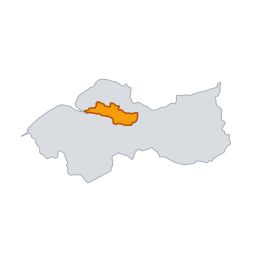 location of X-1 Right Bank Essequibo, Upper Demerara-Berbice, Guyana, rotated 280°
{"feature_id": "73187651B95579298937311", "entity_name": "X-1 Right Bank Essequibo", "entity_type": "district", "adm_level": 2, "iso_a3": "GUY", "parent_name": "Guyana", "parent_adm1": "Upper Demerara-Berbice", "projection": "robinson", "projection_center": [-58.454, 5.555], "detail": "fine", "context": "in_parent", "style": "filled", "palette": "amber", "viewbox_px": 256, "rotation_deg": 280, "n_neighbors": 0, "source": "geoboundaries", "source_scale": "gbopen_adm2", "svg_char_len": 8893}
<svg xmlns="http://www.w3.org/2000/svg" viewBox="0 0 256 256"><g transform="rotate(280 128 128)"><path d="M83.1,118.8L77.8,112.1L72.5,105.5L67.3,98.9L67.0,98.0L69.1,94.9L71.1,92.6L72.7,91.4L73.5,90.2L72.9,85.4L72.9,83.7L72.2,81.8L71.6,79.7L72.3,77.9L73.1,76.7L74.1,76.2L76.5,75.8L78.2,75.6L78.8,74.9L79.9,74.1L81.2,74.0L83.7,74.6L84.9,73.6L87.0,72.1L91.7,69.6L92.8,68.0L93.6,65.5L93.5,64.3L93.0,63.8L91.8,63.4L90.0,63.4L88.6,64.0L87.1,63.7L85.8,62.1L85.8,60.8L86.5,59.0L86.1,57.8L83.7,54.0L83.7,53.0L85.4,51.3L86.4,49.8L87.8,46.3L88.8,45.1L92.1,44.7L93.0,44.0L94.7,42.2L97.2,40.0L100.8,38.4L101.8,35.3L102.5,34.5L105.3,32.9L105.8,32.0L105.8,31.2L101.2,24.4L102.1,24.9L105.6,29.3L107.6,30.3L108.0,30.3L108.1,29.2L109.9,29.7L114.6,32.7L121.4,37.8L131.1,47.3L133.8,51.0L135.7,52.7L138.6,56.9L139.4,58.9L139.3,67.0L136.8,72.5L136.1,76.6L136.0,82.1L134.5,85.3L136.5,83.5L137.1,78.6L138.8,75.6L140.9,72.3L143.8,71.5L147.0,72.9L149.5,73.1L151.7,74.1L156.4,79.4L161.0,83.6L162.7,86.9L167.6,88.6L170.5,91.2L171.4,93.5L172.0,99.5L171.0,108.6L171.3,109.0L170.0,110.8L169.7,111.9L168.9,113.9L168.2,115.0L169.2,117.5L170.3,117.6L170.7,118.0L171.0,118.4L170.9,119.0L170.5,119.4L169.4,120.1L168.4,121.5L168.5,123.1L167.9,123.9L165.9,124.4L161.9,124.4L160.0,124.5L158.4,124.7L157.4,125.8L156.1,126.5L155.1,126.7L154.2,127.8L153.3,129.5L153.6,130.7L154.6,132.3L155.1,133.8L154.4,136.4L153.6,138.4L153.1,139.9L152.5,142.8L151.0,146.0L149.9,147.8L149.9,149.8L150.5,152.6L153.6,156.7L154.6,158.7L155.4,161.8L158.2,164.3L160.0,166.3L159.8,168.9L160.1,169.8L161.2,170.4L162.5,170.9L163.9,170.9L165.3,170.7L165.6,170.3L168.6,170.3L168.9,170.9L169.1,174.7L169.2,176.3L170.0,176.9L170.4,177.8L170.4,178.7L170.6,180.8L171.0,181.9L170.9,184.2L171.2,185.0L172.1,185.6L173.1,187.2L173.5,187.4L173.8,188.0L174.7,190.3L175.1,191.0L175.4,191.1L175.6,191.9L176.2,194.1L176.7,194.6L177.5,196.2L177.9,197.9L179.0,199.9L180.1,201.3L180.7,202.7L182.1,205.8L183.5,208.1L185.5,208.6L187.1,208.9L188.1,209.8L189.0,210.7L188.0,211.1L187.0,211.7L185.7,211.3L183.9,211.5L182.0,212.1L180.2,212.4L176.9,211.4L175.9,211.3L175.2,210.9L173.9,208.9L173.2,208.7L171.4,209.6L169.3,210.2L168.3,210.1L167.0,210.8L165.9,211.7L163.7,215.5L162.6,216.8L161.4,217.4L158.9,217.4L156.4,217.5L154.4,218.5L152.6,218.9L151.7,219.0L151.4,221.1L151.0,222.1L150.4,222.6L149.0,222.8L147.7,222.7L147.0,221.8L145.5,221.4L144.3,221.1L143.4,220.6L142.8,220.7L142.2,221.6L141.8,222.3L141.4,223.7L139.5,224.1L138.7,224.9L139.1,227.5L138.9,228.5L138.5,229.3L136.2,229.4L134.2,229.4L133.1,230.3L131.7,231.4L130.8,231.6L129.8,231.5L128.4,230.3L127.2,228.7L123.9,227.6L120.6,226.7L118.5,224.2L118.0,223.0L117.0,222.4L114.4,219.5L113.0,217.5L111.5,217.0L109.8,216.2L109.8,214.9L109.7,213.5L109.0,213.0L107.9,212.6L107.5,211.9L107.7,210.1L107.9,205.7L107.6,201.4L105.2,199.9L104.2,198.9L102.5,192.5L101.6,189.6L101.6,187.5L102.2,181.2L102.8,178.4L104.6,172.9L105.7,171.0L105.8,169.6L105.6,167.9L105.1,164.3L108.2,162.1L109.5,161.1L109.7,159.7L111.3,157.8L112.1,156.0L112.7,154.6L112.5,153.8L111.8,153.4L110.9,152.0L109.2,148.2L108.5,147.4L108.0,146.3L108.3,144.6L109.0,142.7L108.9,141.9L107.8,140.9L105.6,139.3L103.8,139.1L102.4,138.5L100.4,138.5L98.7,138.3L97.8,137.6L98.0,136.6L98.4,135.8L99.8,133.9L100.7,131.8L100.8,129.8L101.1,127.1L101.5,124.8L101.7,122.1L99.6,120.4L98.9,119.0L98.0,117.7L97.0,117.7L95.5,117.2L93.2,118.9L91.3,118.6L90.1,119.2L87.2,119.1L85.3,118.2L83.1,118.8Z" fill="#d9dde1" stroke="#a8b0b8" stroke-width="1"/><path d="M136.0,84.5L136.0,84.9L135.9,85.2L136.0,85.5L136.1,85.9L136.3,86.3L136.3,86.6L136.4,86.8L136.6,87.1L136.6,87.3L136.7,88.0L136.7,88.4L136.6,88.7L136.6,89.1L136.7,89.4L136.6,89.7L136.7,90.1L136.7,90.4L136.6,90.8L136.6,91.1L136.6,91.4L136.7,91.7L136.7,92.0L136.7,92.3L136.6,92.7L136.6,92.9L136.6,93.2L136.6,93.5L136.6,94.0L136.4,94.6L136.4,95.0L136.6,95.2L136.8,95.5L136.9,96.0L136.9,96.3L136.8,96.6L136.8,96.9L136.8,97.1L136.8,97.4L136.8,97.7L136.7,98.1L136.7,98.4L136.6,98.6L136.5,98.8L136.4,99.0L136.2,99.3L136.0,99.6L135.9,99.9L135.8,100.2L135.7,100.5L135.8,100.7L135.8,101.0L135.9,101.3L135.9,101.9L135.9,102.2L135.9,102.5L136.0,102.9L135.9,103.2L135.9,103.5L135.9,103.8L135.9,104.1L135.8,104.3L135.8,104.6L135.8,105.0L135.9,105.3L135.9,105.5L136.0,105.8L136.1,106.0L136.1,106.3L136.1,106.6L136.0,106.8L135.9,107.2L135.8,107.5L135.7,107.8L135.7,108.0L135.6,108.4L135.5,108.6L135.5,109.0L135.4,109.3L135.2,109.6L135.1,109.8L135.0,110.0L134.8,110.3L134.7,110.6L134.6,110.8L134.6,111.1L134.4,111.3L134.3,111.5L134.1,111.7L133.9,111.8L133.7,111.8L133.3,111.9L133.0,112.0L132.8,112.1L132.5,112.2L132.3,112.3L132.0,112.4L131.8,112.4L131.6,112.3L131.4,112.3L131.1,112.4L130.9,112.5L130.6,112.5L130.3,112.6L130.2,112.8L130.1,113.1L130.0,113.4L129.9,113.6L129.7,113.9L129.6,114.1L129.5,114.5L129.5,115.0L129.5,115.3L129.6,115.6L129.8,115.8L130.0,116.0L130.2,116.3L130.3,116.5L130.5,116.7L130.7,117.0L130.9,117.2L130.9,117.5L130.7,117.7L130.8,118.0L130.8,118.3L130.8,118.5L130.7,118.9L130.8,119.2L130.8,119.6L130.8,119.9L130.9,120.2L131.0,120.5L131.0,120.8L131.0,121.1L130.9,121.4L130.8,121.6L130.7,121.8L130.6,122.1L130.6,122.5L130.4,122.8L130.4,123.1L130.4,123.6L130.5,123.8L130.4,124.1L130.3,124.4L130.2,124.8L130.2,125.1L130.3,125.3L130.4,125.6L130.5,126.0L130.6,126.3L130.6,126.8L130.7,127.2L130.8,127.6L130.8,128.0L131.0,128.5L131.0,129.0L131.1,129.3L131.2,129.6L131.2,129.9L131.3,130.2L131.3,130.5L131.4,130.8L131.6,131.0L131.9,131.1L132.2,131.2L132.5,131.1L132.9,131.1L133.2,131.1L133.5,131.1L133.7,131.3L133.9,131.4L134.1,131.5L134.1,131.8L134.2,132.1L134.2,132.4L134.3,132.7L134.4,132.9L134.6,133.3L134.8,133.5L135.2,134.0L135.5,134.3L135.9,134.5L136.2,134.7L136.4,134.8L136.7,135.0L136.9,135.1L137.2,135.1L137.4,135.2L137.7,135.2L137.9,135.3L138.1,135.4L138.3,135.5L138.5,135.5L138.8,135.6L139.0,135.5L139.3,135.5L139.6,135.5L139.9,135.5L140.1,135.5L140.4,135.4L140.6,135.3L140.8,135.3L141.1,135.3L141.3,135.2L141.6,135.2L141.8,135.3L142.1,135.4L142.3,135.4L142.6,135.3L142.8,135.2L143.1,135.1L143.4,135.0L143.6,134.8L143.9,134.8L144.1,134.7L144.4,134.8L144.4,134.4L144.4,134.2L144.5,133.8L144.4,133.6L144.3,133.3L144.3,132.9L144.2,132.6L144.1,132.3L144.0,132.1L143.9,131.9L143.7,131.6L143.7,131.4L143.6,131.1L143.5,130.9L143.3,130.6L143.3,130.3L143.1,130.0L143.0,129.7L142.9,129.4L142.7,129.2L142.6,128.9L142.6,128.7L142.6,128.2L142.6,127.9L142.6,127.5L142.7,127.2L142.7,126.6L142.8,126.3L142.9,126.0L142.8,125.7L142.8,125.4L142.7,125.2L142.5,124.9L142.4,124.7L142.3,124.4L142.3,124.1L142.2,123.8L142.2,123.5L142.2,123.2L142.4,122.7L142.6,122.4L142.6,122.1L142.7,121.8L142.8,121.5L142.9,121.2L143.0,120.9L143.1,120.6L143.3,120.3L143.5,120.0L143.7,119.8L143.9,119.6L144.1,119.5L144.4,119.3L144.5,119.0L144.6,118.6L144.6,118.2L144.6,117.8L144.6,117.4L144.5,117.1L144.5,116.7L144.4,116.4L144.4,116.1L144.4,115.9L144.5,115.6L144.7,115.4L144.8,115.2L145.1,115.1L145.3,115.1L145.5,115.1L145.8,115.2L146.1,115.2L146.4,115.3L146.7,115.4L147.0,115.5L147.5,115.8L147.7,115.7L147.9,115.6L148.0,115.3L148.0,115.0L147.9,114.8L147.9,114.5L147.8,114.1L147.8,113.8L147.8,113.6L147.9,113.3L147.9,113.0L148.0,112.8L148.0,112.5L148.1,112.1L148.2,111.9L148.4,111.6L148.5,111.4L148.7,111.1L148.9,110.8L149.1,110.4L149.2,110.1L149.3,109.7L149.5,109.2L149.5,108.8L149.6,108.4L149.7,108.1L149.7,107.7L149.8,107.5L149.7,107.1L149.7,106.9L149.6,106.7L149.4,106.5L149.2,106.3L148.9,106.3L148.7,106.3L148.4,106.4L148.1,106.6L147.9,106.8L147.7,106.7L147.4,106.7L147.2,106.7L146.8,106.7L146.5,106.7L146.3,106.9L146.1,106.8L145.9,106.7L145.7,106.5L145.6,106.1L145.6,105.8L145.5,105.6L145.5,105.3L145.6,105.0L145.6,104.7L145.5,104.2L145.5,103.9L145.6,103.6L145.7,103.3L145.7,103.0L145.8,102.8L145.8,102.5L145.7,102.1L145.7,101.8L145.7,101.5L145.6,101.2L146.0,100.9L146.3,100.9L146.5,100.8L146.8,100.6L147.0,100.4L147.1,100.1L147.3,99.9L147.4,99.6L147.5,99.3L147.5,99.0L147.6,98.6L147.6,98.4L147.6,98.1L147.5,97.8L147.4,97.5L147.5,97.2L147.7,96.9L147.9,96.7L148.1,96.5L148.3,96.4L148.4,96.2L148.4,95.7L148.4,95.4L148.5,95.2L148.6,94.7L148.5,94.2L148.5,93.9L148.6,93.7L148.5,93.4L148.3,93.3L148.1,93.4L147.8,93.5L147.6,93.5L147.4,93.6L147.3,93.4L147.2,93.0L147.1,92.7L146.9,92.5L146.7,92.5L146.4,92.4L146.2,92.4L145.8,92.5L145.6,92.6L145.4,92.8L145.2,93.1L145.0,93.3L144.8,93.3L144.6,93.2L144.1,92.9L143.8,92.6L143.6,92.5L143.4,92.4L143.2,92.3L142.9,92.2L142.6,92.2L142.4,92.2L142.1,92.2L141.9,91.8L142.0,91.4L142.0,91.1L142.0,90.9L141.9,90.6L141.9,90.4L141.7,90.1L141.6,89.8L141.5,89.5L141.5,89.2L141.4,89.0L141.4,88.7L141.4,88.4L141.4,88.1L141.3,87.7L141.1,87.4L141.0,87.2L140.8,87.0L140.7,86.8L140.5,86.4L140.3,86.3L140.0,86.1L139.9,86.0L139.6,85.9L139.4,85.8L139.2,85.7L138.9,85.6L138.6,85.4L138.4,85.2L138.2,84.7L138.0,84.2L138.0,83.8L138.0,83.5L137.8,83.3L137.7,83.1L137.6,82.8L137.5,82.5L137.4,82.4L137.2,82.2L136.9,82.3L137.0,82.9L136.9,83.1L136.9,83.4L136.7,84.0L136.2,84.5L136.0,84.5Z" fill="#f59e0b" stroke="#b45309" stroke-width="1.5"/></g></svg>